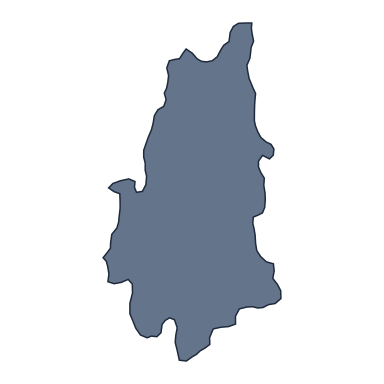 the district of Cantagalo, Minas Gerais, Brazil
{"feature_id": "56859067B48352524880212", "entity_name": "Cantagalo", "entity_type": "district", "adm_level": 2, "iso_a3": "BRA", "parent_name": "Brazil", "parent_adm1": "Minas Gerais", "projection": "robinson", "projection_center": [-42.648, -18.509], "detail": "fine", "context": "isolated", "style": "filled", "palette": "slate", "viewbox_px": 384, "rotation_deg": 0, "n_neighbors": 0, "source": "geoboundaries", "source_scale": "gbopen_adm2", "svg_char_len": 1931}
<svg xmlns="http://www.w3.org/2000/svg" viewBox="0 0 384 384"><path d="M140.5,335.0L147.1,337.8L151.4,336.1L156.9,336.7L161.0,332.7L162.1,324.4L165.3,320.4L169.6,317.8L174.5,319.8L177.2,327.8L175.8,335.4L175.2,342.4L177.2,350.4L179.3,360.2L186.4,361.0L192.1,356.9L196.4,354.4L200.1,350.9L205.1,348.0L209.8,344.4L209.6,337.5L213.3,328.9L221.0,327.2L228.5,326.6L235.5,324.1L235.5,316.1L239.4,308.9L246.6,307.1L252.6,306.7L257.8,308.0L263.1,307.5L268.3,304.7L275.2,303.5L280.9,298.6L280.7,290.7L277.4,284.4L272.8,278.4L274.2,270.9L273.4,263.8L266.3,261.8L260.7,256.6L256.8,250.7L255.6,243.4L255.1,235.0L254.1,228.9L252.8,223.4L253.3,217.1L258.1,215.1L262.5,212.9L264.7,207.4L265.3,199.7L265.0,192.8L263.8,185.5L264.3,178.2L261.0,172.9L258.5,167.1L258.5,161.1L262.6,155.4L269.5,158.9L273.3,155.1L273.9,149.0L271.0,144.3L266.0,141.9L260.8,137.4L257.8,131.9L255.5,126.0L254.4,120.9L254.4,114.7L254.6,105.4L255.0,99.4L255.6,93.6L252.6,87.0L249.1,78.5L247.6,70.7L246.9,65.3L249.8,58.5L250.6,52.8L251.1,47.6L253.6,41.1L252.1,33.6L251.4,28.5L251.8,23.0L245.8,23.0L238.5,23.3L233.4,26.4L230.2,32.4L229.0,41.5L223.7,45.3L220.5,50.4L217.2,56.8L212.1,60.8L206.6,61.9L201.4,61.3L197.1,58.8L192.4,53.3L186.1,49.0L182.9,53.3L179.5,58.7L174.7,59.4L169.3,60.8L166.8,67.9L168.6,75.6L167.8,82.4L166.6,88.2L164.3,93.1L166.1,99.6L163.8,106.3L158.0,109.6L154.4,115.6L153.1,123.4L151.4,129.9L148.2,137.4L145.4,145.4L143.7,150.3L143.7,157.1L145.2,163.1L145.2,170.3L146.6,176.2L145.9,184.6L142.4,191.4L136.5,192.3L134.5,187.4L135.0,181.5L128.8,178.9L120.2,180.8L112.9,183.5L108.6,187.9L114.1,191.7L119.8,193.7L120.1,202.0L120.1,208.5L119.3,215.1L118.6,222.2L116.9,228.0L111.8,234.3L110.6,242.9L110.4,248.3L107.1,252.7L103.1,257.7L106.4,261.5L107.7,266.6L108.9,274.1L107.9,281.7L114.1,283.7L121.3,282.4L128.2,279.4L132.3,284.1L132.5,293.2L129.9,303.2L129.9,313.8L133.0,321.2L135.8,328.3L140.5,335.0Z" fill="#64748b" stroke="#1e293b" stroke-width="1.5"/></svg>